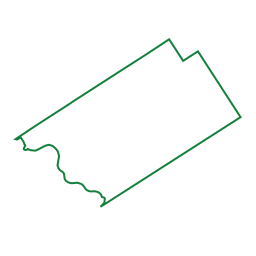 Woodbury, Iowa, United States of America, rotated 327°
{"feature_id": "52423323B54538757084750", "entity_name": "Woodbury", "entity_type": "district", "adm_level": 2, "iso_a3": "USA", "parent_name": "United States of America", "parent_adm1": "Iowa", "projection": "robinson", "projection_center": [-96.343, 42.387], "detail": "fine", "context": "isolated", "style": "outline", "palette": "green", "viewbox_px": 256, "rotation_deg": 327, "n_neighbors": 0, "source": "geoboundaries", "source_scale": "gbopen_adm2", "svg_char_len": 1014}
<svg xmlns="http://www.w3.org/2000/svg" viewBox="0 0 256 256"><g transform="rotate(327 128 128)"><path d="M182.2,76.2L153.6,76.0L96.5,75.8L91.8,75.9L51.3,75.8L27.6,76.1L28.7,77.3L32.9,77.5L32.9,80.4L32.8,83.6L32.2,85.4L32.4,86.4L32.2,87.0L29.6,88.2L29.1,89.1L29.8,90.5L31.3,91.2L32.3,90.9L32.8,91.4L33.8,93.2L37.9,96.5L40.5,97.0L45.8,97.5L48.3,97.8L49.3,97.9L52.5,99.0L54.9,101.8L55.1,102.3L56.1,105.7L56.4,108.7L56.2,110.2L55.3,112.9L54.5,114.4L48.7,120.8L48.3,121.7L47.8,123.9L47.9,126.0L49.3,129.6L49.5,131.2L48.2,134.2L47.4,135.5L47.2,136.3L47.1,137.5L47.2,138.5L48.2,140.9L49.6,142.7L50.8,143.7L52.4,144.6L55.4,146.1L57.5,148.4L58.4,149.6L58.8,150.6L59.0,151.3L59.2,152.8L59.2,156.3L59.8,158.0L61.0,159.8L62.1,160.8L65.7,163.0L67.0,164.3L68.2,165.9L68.8,167.3L69.1,168.7L68.7,171.2L68.5,171.6L70.2,173.6L70.2,174.3L70.0,174.7L68.0,177.2L67.0,178.0L66.3,178.2L64.8,178.4L62.1,179.1L87.5,179.3L228.3,180.2L228.4,101.8L210.8,101.7L210.8,76.0L182.2,76.2Z" fill="none" stroke="#15803d" stroke-width="2"/></g></svg>